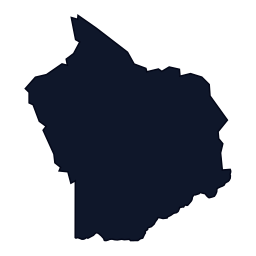 outline of Sevier, Tennessee, United States of America
{"feature_id": "52423323B91175482939714", "entity_name": "Sevier", "entity_type": "district", "adm_level": 2, "iso_a3": "USA", "parent_name": "United States of America", "parent_adm1": "Tennessee", "projection": "mercator", "projection_center": [-83.473, 35.803], "detail": "fine", "context": "isolated", "style": "filled", "palette": "ink", "viewbox_px": 256, "rotation_deg": 0, "n_neighbors": 0, "source": "geoboundaries", "source_scale": "gbopen_adm2", "svg_char_len": 1780}
<svg xmlns="http://www.w3.org/2000/svg" viewBox="0 0 256 256"><path d="M209.2,84.5L201.8,77.1L190.5,73.6L180.0,76.2L179.4,69.3L169.2,67.0L161.8,71.4L158.4,69.0L146.8,71.8L145.9,68.4L134.1,64.0L127.5,52.2L96.3,28.2L78.0,15.4L77.7,19.3L71.3,17.5L75.6,39.6L79.8,42.0L73.6,53.6L66.2,59.1L67.4,65.3L62.0,63.9L46.5,74.6L35.4,77.2L25.3,88.6L29.1,92.3L29.1,102.9L33.1,104.7L39.3,121.3L46.1,126.3L43.1,130.2L53.9,154.0L54.9,162.8L60.6,167.3L59.1,170.9L67.9,171.8L70.9,183.2L75.3,180.8L75.2,237.6L76.0,238.1L77.1,237.6L79.0,238.0L81.9,239.2L83.8,239.1L85.0,238.6L85.6,238.1L86.9,237.6L87.9,238.2L93.4,235.3L95.8,232.8L97.4,232.9L98.5,233.4L101.4,235.9L103.8,238.6L104.1,240.0L104.7,240.5L106.0,240.6L108.2,240.0L109.7,239.3L112.1,239.1L114.7,239.7L117.4,239.9L121.7,239.2L124.2,239.7L129.4,239.3L130.5,240.6L137.9,240.5L140.4,238.7L142.7,238.1L144.6,234.1L145.4,232.9L145.1,231.2L146.6,230.3L147.6,229.5L147.6,228.3L148.1,227.7L151.4,226.6L154.1,224.1L155.3,221.8L157.3,219.1L157.8,217.7L159.6,217.7L163.0,218.5L167.1,218.0L167.3,217.8L167.5,216.9L170.8,215.3L173.0,213.7L173.9,213.2L176.6,212.6L178.1,211.4L179.6,208.0L179.6,207.5L182.8,206.9L183.6,207.0L184.1,206.0L185.3,205.0L185.9,204.8L186.5,205.3L187.4,205.3L187.8,205.1L191.2,201.1L191.9,199.8L192.2,198.7L192.2,197.6L192.9,196.3L193.7,195.2L194.6,194.7L195.3,194.9L199.0,193.7L200.0,192.5L205.3,193.8L206.5,195.6L208.5,197.5L209.3,197.7L212.4,196.9L214.4,196.2L215.7,194.2L216.7,191.8L216.9,189.2L217.4,188.3L220.5,186.8L222.6,186.0L224.2,185.0L225.0,183.2L226.5,182.2L228.1,181.4L229.2,180.2L230.2,178.2L230.4,175.7L230.0,174.5L230.4,173.0L230.7,171.9L230.6,170.6L230.2,169.4L222.3,170.0L220.6,152.9L222.8,143.7L218.7,138.7L218.1,131.6L227.4,120.1L210.0,95.9L209.2,84.5Z" fill="#0f172a" stroke="#020617" stroke-width="1.5"/></svg>